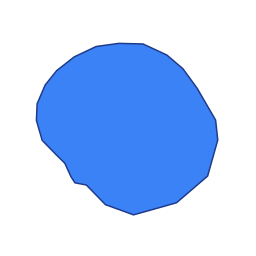 Aba, Orientale, Democratic Republic of the Congo, rotated 248°
{"feature_id": "63176286B20411552692002", "entity_name": "Aba", "entity_type": "district", "adm_level": 2, "iso_a3": "COD", "parent_name": "Democratic Republic of the Congo", "parent_adm1": "Orientale", "projection": "orthographic", "projection_center": [30.241, 3.859], "detail": "fine", "context": "isolated", "style": "filled", "palette": "blue", "viewbox_px": 256, "rotation_deg": 248, "n_neighbors": 0, "source": "geoboundaries", "source_scale": "gbopen_adm2", "svg_char_len": 439}
<svg xmlns="http://www.w3.org/2000/svg" viewBox="0 0 256 256"><g transform="rotate(248 128 128)"><path d="M90.8,68.0L65.3,78.4L45.4,100.6L40.5,145.0L53.6,183.8L83.2,206.7L102.5,212.2L138.8,207.0L162.4,201.1L181.0,191.4L200.3,173.4L209.9,151.2L215.5,129.0L214.1,104.8L207.9,83.3L198.9,67.3L184.5,52.8L169.3,45.9L148.7,43.8L130.1,51.4L119.0,56.2L103.9,56.9L97.0,58.3L90.8,68.0Z" fill="#3b82f6" stroke="#1e3a8a" stroke-width="1.5"/></g></svg>